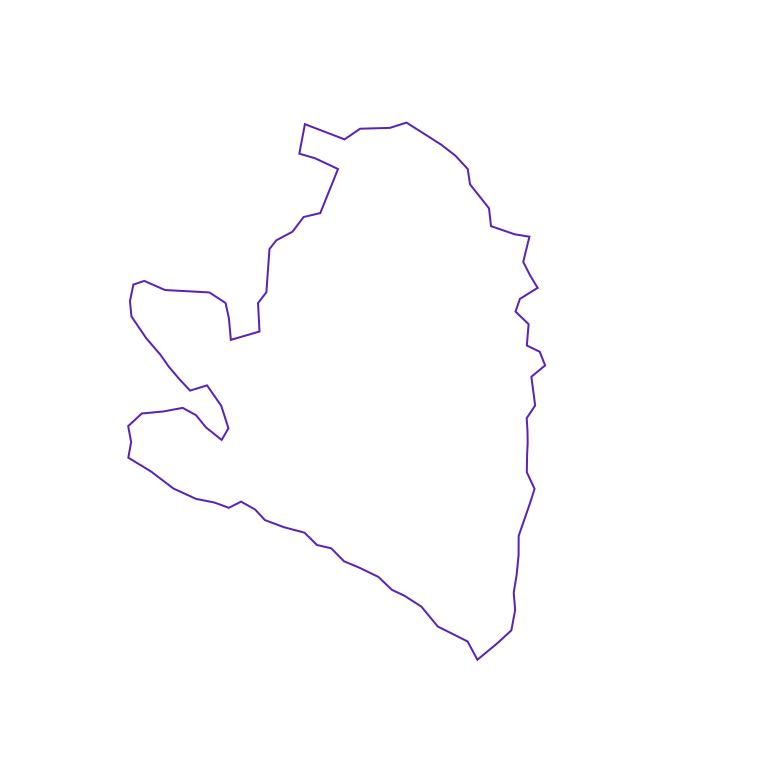 the district of São Pedro das Missões, Rio Grande do Sul, Brazil, rotated 310°
{"feature_id": "56859067B26202031043792", "entity_name": "São Pedro das Missões", "entity_type": "district", "adm_level": 2, "iso_a3": "BRA", "parent_name": "Brazil", "parent_adm1": "Rio Grande do Sul", "projection": "natural_earth1", "projection_center": [-53.242, -27.782], "detail": "fine", "context": "isolated", "style": "outline", "palette": "violet", "viewbox_px": 768, "rotation_deg": 310, "n_neighbors": 0, "source": "geoboundaries", "source_scale": "gbopen_adm2", "svg_char_len": 1330}
<svg xmlns="http://www.w3.org/2000/svg" viewBox="0 0 768 768"><g transform="rotate(310 384 384)"><path d="M167.2,261.7L168.6,290.0L175.1,313.7L184.2,330.3L189.4,344.7L202.0,350.1L205.0,365.9L203.2,380.3L209.9,399.2L219.0,418.7L217.6,436.2L224.2,449.2L222.5,467.3L227.4,483.1L232.6,503.7L231.4,522.4L234.9,535.6L237.5,555.7L232.8,581.1L240.5,613.6L232.8,632.8L259.2,637.6L277.2,639.9L295.2,629.7L307.5,617.5L322.7,608.5L339.3,597.2L354.2,584.8L386.7,572.4L400.5,566.7L408.2,550.1L420.8,539.9L431.5,531.7L440.6,523.8L449.5,515.3L464.7,513.6L484.3,492.2L501.8,495.5L508.8,482.6L505.3,468.7L522.8,456.3L524.0,438.2L536.6,433.4L556.4,439.9L561.1,426.1L567.0,412.2L590.3,400.7L582.6,387.7L573.7,364.5L586.1,351.5L592.2,321.6L602.5,310.0L604.8,291.9L604.1,273.9L598.7,233.2L584.0,223.9L564.2,201.6L546.0,196.5L532.2,156.4L506.0,171.1L512.6,186.0L519.1,210.6L474.0,225.3L460.3,215.1L441.8,216.0L425.0,209.2L413.8,209.5L378.7,234.9L365.0,235.5L344.2,254.9L319.4,238.3L334.6,223.0L344.2,210.6L341.9,191.4L315.2,155.8L308.9,134.1L299.1,128.1L284.2,136.1L273.4,147.1L266.2,172.5L262.7,193.9L258.9,208.1L256.1,224.7L254.3,239.7L269.2,249.3L262.7,273.3L250.1,293.3L236.8,295.6L236.3,275.3L239.3,260.0L236.3,245.1L221.1,232.6L205.7,217.4L187.3,215.1L177.0,227.6L163.2,235.5L167.2,261.7Z" fill="none" stroke="#5b21b6" stroke-width="2"/></g></svg>